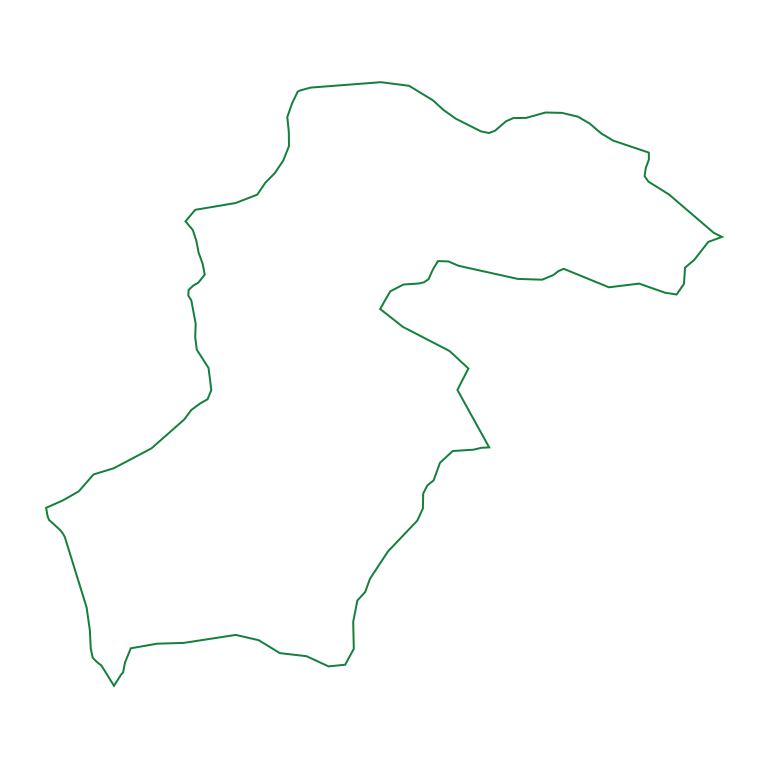 outline of Samegrelo-Zemo Svaneti
{"feature_id": "GEO-3029", "entity_name": "Samegrelo-Zemo Svaneti", "entity_type": "Region", "adm_level": 1, "iso_a3": "GEO", "parent_name": "Georgia", "parent_adm1": "", "projection": "robinson", "projection_center": [42.261, 42.648], "detail": "fine", "context": "isolated", "style": "outline", "palette": "green", "viewbox_px": 768, "rotation_deg": 0, "n_neighbors": 0, "source": "natural_earth", "source_scale": "10m", "svg_char_len": 1795}
<svg xmlns="http://www.w3.org/2000/svg" viewBox="0 0 768 768"><path d="M384.1,82.6L409.1,85.8L432.7,100.2L443.7,110.1L455.6,118.6L481.0,131.4L489.0,133.0L494.9,130.8L506.0,121.3L513.2,118.1L526.2,117.9L545.5,112.5L562.1,112.9L578.0,116.7L589.6,123.5L601.3,133.5L613.4,140.7L648.8,152.6L648.9,159.5L645.8,167.9L644.6,176.2L648.4,181.6L669.0,194.5L713.7,232.8L721.9,236.9L708.3,241.9L694.2,259.9L685.0,267.7L684.0,283.8L676.6,294.5L665.0,292.7L639.1,283.6L608.9,287.3L563.7,268.8L558.3,271.2L553.3,275.1L542.1,279.7L517.7,278.9L458.6,265.8L448.3,261.4L437.9,261.1L432.8,269.7L428.5,279.2L424.0,282.3L418.9,283.5L403.5,284.5L390.3,291.3L380.1,309.0L402.9,326.9L449.5,351.0L468.4,368.5L457.4,389.9L489.2,447.4L481.2,447.8L473.6,449.7L452.7,451.0L440.0,462.8L433.6,480.4L427.3,485.5L423.2,493.6L422.9,508.5L417.3,520.6L388.0,551.4L370.0,578.7L365.2,592.0L357.4,600.4L353.2,621.8L353.8,648.8L345.2,664.7L328.6,666.4L306.5,656.2L279.8,653.1L258.7,640.2L235.6,634.9L183.8,642.9L157.0,643.7L130.8,648.3L125.0,662.5L123.1,672.4L120.9,674.9L114.0,685.8L101.4,665.5L97.0,662.1L92.7,657.8L90.7,648.1L89.9,630.6L86.6,607.4L64.8,537.0L63.1,533.9L60.2,530.1L49.0,519.9L47.6,516.3L46.1,507.8L48.2,506.9L58.1,502.5L62.8,500.4L78.7,491.4L87.9,480.9L93.6,474.4L114.2,468.1L115.4,467.4L151.4,448.4L184.3,419.4L184.8,418.7L191.4,409.9L200.1,403.5L207.6,399.2L211.3,390.1L210.1,380.2L208.5,367.9L196.8,349.7L195.2,337.1L195.7,323.9L191.3,300.3L188.3,295.6L188.6,290.0L193.1,285.7L198.3,282.7L204.7,274.7L202.6,263.6L199.3,254.6L198.6,252.7L196.3,240.7L192.8,230.0L185.5,221.4L192.0,213.6L195.3,209.8L235.6,203.0L257.3,194.6L265.2,182.9L274.9,173.0L283.2,160.6L289.0,146.1L288.8,131.8L287.3,117.1L291.9,103.8L297.7,91.7L300.0,90.5L310.6,87.6L380.8,82.2L384.1,82.6Z" fill="none" stroke="#15803d" stroke-width="2"/></svg>